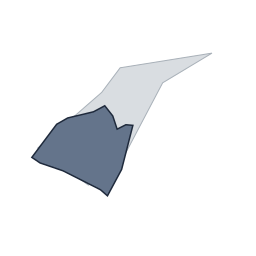 location of Western within American Samoa, rotated 345°
{"feature_id": "ASM-5002", "entity_name": "Western", "entity_type": "state/province", "adm_level": 1, "iso_a3": "ASM", "parent_name": "American Samoa", "parent_adm1": "", "projection": "equal_earth", "projection_center": [-170.747, -14.332], "detail": "fine", "context": "in_parent", "style": "filled", "palette": "slate", "viewbox_px": 256, "rotation_deg": 345, "n_neighbors": 0, "source": "natural_earth", "source_scale": "10m", "svg_char_len": 495}
<svg xmlns="http://www.w3.org/2000/svg" viewBox="0 0 256 256"><g transform="rotate(345 128 128)"><path d="M107.7,164.1L74.9,172.9L35.7,124.0L111.8,86.8L136.0,67.8L228.5,77.4L173.2,93.3L107.7,164.1Z" fill="#d9dde1" stroke="#a8b0b8" stroke-width="1"/><path d="M133.4,126.7L111.1,166.4L90.6,188.2L85.4,180.5L54.1,152.5L34.0,139.0L27.5,131.5L60.1,105.9L72.3,102.7L98.8,103.4L111.3,100.5L116.4,112.4L117.2,126.3L126.8,124.3L133.4,126.7Z" fill="#64748b" stroke="#1e293b" stroke-width="1.5"/></g></svg>